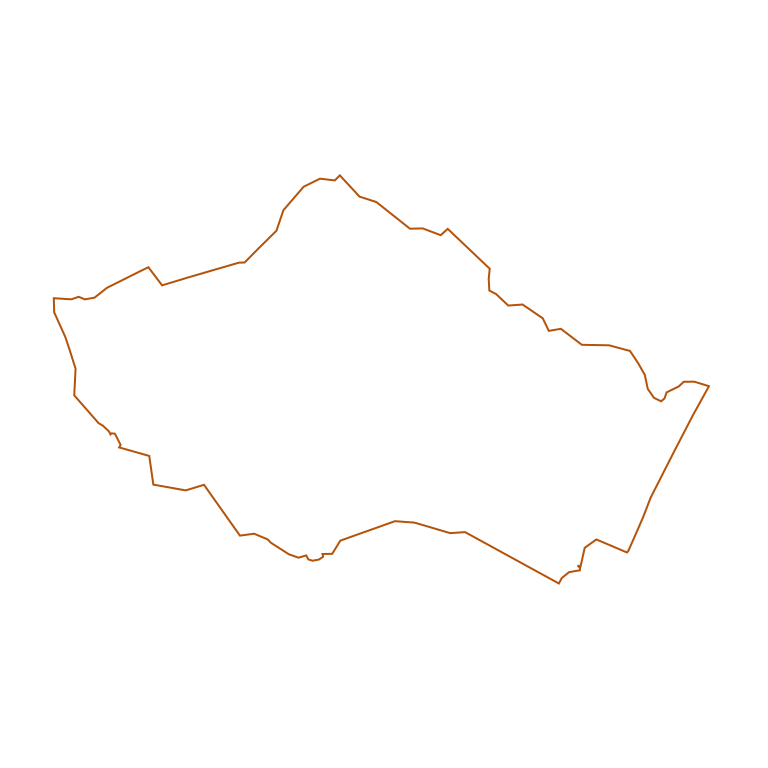 Gialia, Paphos, Cyprus, rotated 176°
{"feature_id": "46923920B52115855952843", "entity_name": "Gialia", "entity_type": "district", "adm_level": 2, "iso_a3": "CYP", "parent_name": "Cyprus", "parent_adm1": "Paphos", "projection": "robinson", "projection_center": [32.545, 35.082], "detail": "fine", "context": "isolated", "style": "outline", "palette": "amber", "viewbox_px": 768, "rotation_deg": 176, "n_neighbors": 0, "source": "geoboundaries", "source_scale": "gbopen_adm2", "svg_char_len": 1383}
<svg xmlns="http://www.w3.org/2000/svg" viewBox="0 0 768 768"><g transform="rotate(176 384 384)"><path d="M481.4,216.7L473.6,218.4L471.7,214.3L467.7,212.7L461.2,213.4L456.8,215.9L457.2,218.7L447.5,218.2L438.5,230.8L382.7,246.4L363.3,243.6L328.4,230.6L313.5,230.6L223.5,172.8L220.2,178.0L212.5,183.4L201.6,184.5L201.3,187.0L203.6,189.3L200.6,188.4L195.2,206.6L183.0,214.1L153.4,199.0L151.9,200.5L145.7,212.2L135.1,232.5L129.9,243.5L126.0,251.9L99.0,296.9L78.4,330.7L60.0,359.1L60.4,359.3L74.4,364.7L84.9,365.3L90.0,361.1L102.7,355.9L105.2,350.0L108.8,347.4L115.7,351.4L121.2,360.7L123.2,374.9L129.0,387.0L136.3,399.8L156.8,406.9L183.9,409.3L203.7,426.7L215.9,425.5L221.0,438.4L240.2,453.6L254.6,453.6L265.9,465.9L272.4,469.9L272.2,481.7L270.5,491.6L309.6,534.3L317.1,528.5L334.5,536.5L347.3,537.1L378.9,566.0L395.3,572.6L413.5,595.2L418.9,590.5L433.5,593.3L450.4,586.4L472.2,564.4L480.6,544.4L499.5,528.2L514.6,514.9L520.2,515.2L570.5,504.3L598.5,497.9L610.9,516.9L618.5,513.9L653.6,499.3L666.8,490.3L676.6,489.3L682.5,492.3L689.9,490.3L707.4,492.6L708.0,478.5L698.6,453.0L695.7,441.8L690.6,420.8L693.8,394.3L671.5,364.9L667.2,361.9L661.7,355.9L660.4,352.8L659.4,353.8L655.9,353.2L651.0,341.6L652.6,339.2L623.2,328.6L621.1,299.7L589.3,291.7L570.6,296.0L538.3,242.8L524.0,243.7L510.7,237.0L507.9,233.5L490.8,220.8L481.4,216.7Z" fill="none" stroke="#b45309" stroke-width="2"/></g></svg>